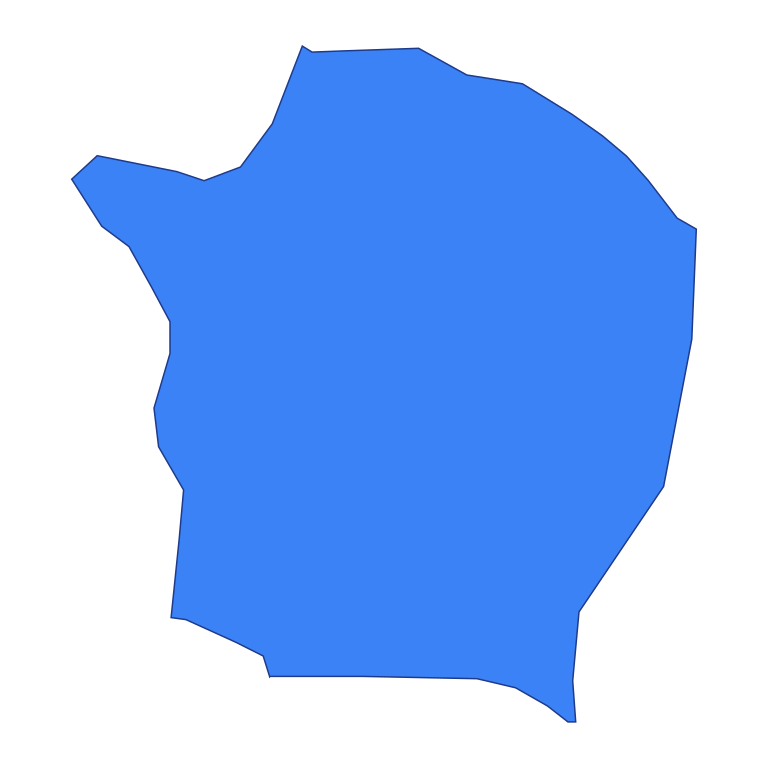 Strängnäs, Södermanland, Sweden
{"feature_id": "70781695B8890772854641", "entity_name": "Strängnäs", "entity_type": "district", "adm_level": 2, "iso_a3": "SWE", "parent_name": "Sweden", "parent_adm1": "Södermanland", "projection": "mercator", "projection_center": [17.047, 59.38], "detail": "fine", "context": "isolated", "style": "filled", "palette": "blue", "viewbox_px": 768, "rotation_deg": 0, "n_neighbors": 0, "source": "geoboundaries", "source_scale": "gbopen_adm2", "svg_char_len": 663}
<svg xmlns="http://www.w3.org/2000/svg" viewBox="0 0 768 768"><path d="M302.3,46.1L272.3,123.8L240.5,167.0L204.1,180.7L176.8,171.6L97.2,155.7L71.7,179.2L101.7,226.2L129.0,246.6L151.8,287.6L170.0,321.7L170.0,353.5L154.0,408.1L158.6,446.8L183.6,490.0L179.1,540.0L171.1,617.6L185.9,619.6L235.9,642.3L263.2,656.0L269.7,676.8L270.0,676.4L363.3,676.4L477.0,678.7L515.6,687.8L547.5,706.0L567.9,721.9L575.7,721.9L572.7,680.8L579.0,611.9L581.9,607.6L663.6,486.5L691.8,339.2L696.3,229.1L677.2,218.2L648.0,180.2L626.5,156.1L602.4,135.8L572.0,114.3L522.5,83.8L466.8,75.0L418.6,48.3L343.8,50.9L312.1,52.1L302.3,46.1Z" fill="#3b82f6" stroke="#1e3a8a" stroke-width="1.5"/></svg>